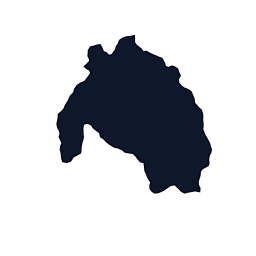 the district of Serrania, Minas Gerais, Brazil, rotated 63°
{"feature_id": "56859067B74246895734471", "entity_name": "Serrania", "entity_type": "district", "adm_level": 2, "iso_a3": "BRA", "parent_name": "Brazil", "parent_adm1": "Minas Gerais", "projection": "albers", "projection_center": [-46.094, -21.571], "detail": "fine", "context": "isolated", "style": "filled", "palette": "ink", "viewbox_px": 256, "rotation_deg": 63, "n_neighbors": 0, "source": "geoboundaries", "source_scale": "gbopen_adm2", "svg_char_len": 2169}
<svg xmlns="http://www.w3.org/2000/svg" viewBox="0 0 256 256"><g transform="rotate(63 128 128)"><path d="M81.5,66.2L78.5,69.0L75.7,71.2L73.1,73.5L70.7,75.2L68.2,76.8L66.7,80.2L63.3,80.5L60.1,82.2L56.8,83.4L54.3,83.4L51.6,81.9L48.6,80.6L47.7,84.2L46.2,88.1L45.7,92.2L46.2,95.7L48.6,98.2L50.3,101.3L52.7,103.5L53.9,105.8L55.6,109.4L54.3,112.5L51.6,113.0L48.6,115.4L45.0,115.0L41.2,115.1L40.2,118.2L39.7,121.5L38.9,124.6L40.9,127.9L43.2,129.2L45.6,130.8L48.6,130.8L51.1,131.6L52.4,135.0L53.5,138.8L56.3,137.7L58.9,135.8L62.4,136.2L64.0,139.4L65.2,141.8L67.0,145.5L66.6,149.6L67.1,154.0L69.2,157.7L72.1,160.5L73.3,164.4L75.1,166.9L76.9,169.0L78.2,171.3L79.5,173.5L82.1,176.4L83.2,179.6L84.3,183.7L87.1,185.4L89.4,187.1L92.3,189.4L96.2,190.4L99.4,190.2L102.5,191.0L104.7,193.2L107.6,193.3L111.5,193.5L113.9,196.3L116.4,197.9L119.3,198.6L121.8,199.4L124.6,200.5L128.2,201.3L130.9,198.0L131.3,194.2L130.1,192.0L128.7,189.7L128.8,186.1L128.6,181.7L126.3,180.0L123.7,178.7L120.4,176.1L117.8,173.6L115.6,171.9L113.0,171.0L110.6,169.9L107.9,168.6L104.4,166.1L105.1,161.7L108.8,159.1L112.3,158.7L115.8,157.1L119.4,155.3L123.3,156.3L126.9,154.3L130.6,153.3L133.5,152.0L135.7,150.7L138.6,148.9L141.3,145.6L144.7,142.9L148.1,141.5L150.6,138.2L152.8,134.9L156.5,133.7L160.5,133.0L163.7,132.2L166.0,129.3L170.0,130.7L173.9,132.2L177.6,132.3L180.5,132.7L184.2,132.5L186.9,132.1L188.8,134.2L192.2,135.8L195.3,135.2L198.0,133.5L199.2,130.3L199.5,125.5L199.2,122.6L198.7,119.5L198.4,115.9L199.8,111.8L202.8,110.9L205.1,110.0L208.1,109.3L211.4,107.1L212.4,103.0L213.2,100.4L214.3,96.6L217.1,93.1L214.4,91.4L210.7,91.4L207.3,89.8L204.8,87.3L202.8,85.4L199.5,83.4L197.9,80.1L197.9,76.5L197.7,73.5L195.8,71.8L192.9,70.8L189.5,68.5L187.4,65.5L185.0,63.6L181.5,63.1L178.5,62.4L175.1,62.5L172.1,62.6L169.0,62.8L165.9,62.5L162.9,62.1L160.5,60.5L157.5,59.0L154.7,58.1L152.2,56.6L149.1,55.2L145.3,54.7L141.7,56.0L139.1,56.7L135.8,57.5L131.9,56.0L127.7,55.7L124.6,55.4L122.3,56.4L120.0,58.0L118.2,59.8L114.9,61.5L110.8,62.5L107.1,60.9L105.0,57.8L101.8,57.7L98.0,57.1L95.4,58.4L93.0,60.5L92.6,64.8L89.9,67.0L87.3,66.1L84.3,66.2L81.5,66.2Z" fill="#0f172a" stroke="#020617" stroke-width="1.5"/></g></svg>